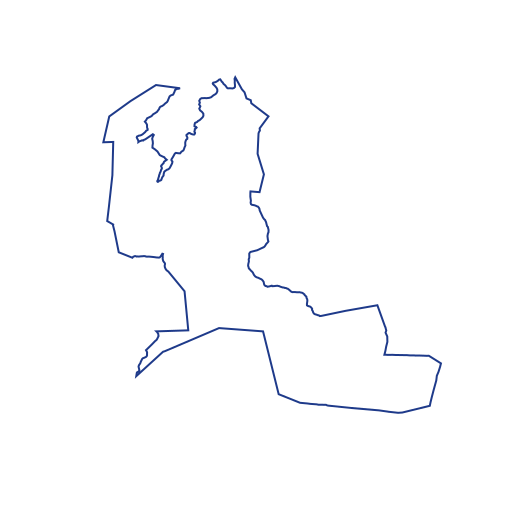 the district of San Andrés Teotilálpam, Oaxaca, Mexico, rotated 74°
{"feature_id": "50627088B65855706883459", "entity_name": "San Andrés Teotilálpam", "entity_type": "district", "adm_level": 2, "iso_a3": "MEX", "parent_name": "Mexico", "parent_adm1": "Oaxaca", "projection": "robinson", "projection_center": [-96.621, 17.951], "detail": "fine", "context": "isolated", "style": "outline", "palette": "blue", "viewbox_px": 512, "rotation_deg": 74, "n_neighbors": 0, "source": "geoboundaries", "source_scale": "gbopen_adm2", "svg_char_len": 6069}
<svg xmlns="http://www.w3.org/2000/svg" viewBox="0 0 512 512"><g transform="rotate(74 256 256)"><path d="M104.6,371.4L107.0,361.8L138.8,371.8L168.3,383.9L181.4,389.4L186.4,384.6L187.1,385.0L193.3,385.2L214.6,386.9L223.6,375.3L222.9,374.3L222.7,372.5L222.9,371.8L223.6,371.0L223.7,370.2L224.1,369.3L224.3,368.6L224.4,367.7L224.6,366.7L225.0,364.9L225.2,363.7L225.7,362.5L226.2,361.9L226.6,360.9L227.0,359.2L227.9,356.9L228.5,355.4L229.3,353.5L229.9,352.2L230.8,349.7L230.8,348.9L230.2,347.9L228.9,346.4L228.0,345.4L228.4,344.8L229.4,345.4L231.0,345.9L231.6,346.0L233.0,346.5L235.1,346.6L236.4,346.2L237.2,345.8L238.1,345.6L238.7,345.7L239.6,346.2L240.3,346.5L241.8,346.7L243.7,346.4L244.8,346.0L245.9,345.3L246.7,344.6L270.2,334.4L308.8,341.6L301.0,372.5L301.7,372.1L302.7,371.8L304.0,371.4L305.2,371.7L306.0,371.7L306.7,372.3L308.4,373.8L309.3,374.8L310.0,376.5L312.1,380.1L316.2,387.7L317.8,387.3L318.8,387.3L320.5,387.9L321.2,388.0L322.0,388.5L322.6,389.3L323.0,391.3L323.1,392.9L323.5,393.7L326.0,396.0L326.7,396.4L327.5,397.1L328.4,398.3L329.4,399.1L330.0,399.4L333.7,399.6L334.3,400.2L334.8,401.1L335.0,402.3L335.5,402.8L338.5,404.2L322.4,371.7L322.4,370.0L315.1,311.4L330.4,270.0L395.1,272.3L409.1,254.3L409.3,254.0L411.9,247.3L413.1,244.6L415.3,238.6L416.2,236.9L418.3,229.8L419.2,228.8L419.7,227.9L428.4,206.2L438.3,180.3L442.0,172.0L442.1,171.9L445.9,162.6L446.8,158.5L447.9,130.2L444.8,128.6L439.9,125.8L434.0,122.3L425.3,117.0L422.7,115.9L421.0,115.2L417.8,112.6L413.3,109.6L412.4,109.1L410.2,107.8L399.6,117.3L399.4,117.8L399.0,119.5L398.4,121.2L397.0,125.5L395.6,130.2L395.6,130.4L395.4,130.7L395.0,131.8L394.1,135.1L393.0,138.0L389.4,149.8L388.6,152.1L387.3,156.8L386.6,158.7L386.3,159.8L382.9,157.8L378.9,155.8L374.8,153.4L369.5,152.0L365.4,152.6L363.5,151.3L361.5,151.3L360.1,151.2L359.6,151.4L336.8,152.9L333.4,185.0L331.6,209.6L331.3,211.3L330.3,212.0L330.0,212.8L329.2,213.8L328.2,215.4L327.7,215.9L327.0,216.3L325.9,216.6L324.7,216.6L323.2,217.0L322.2,216.6L321.5,216.8L320.3,217.4L319.4,218.1L318.8,219.2L318.1,220.1L317.5,220.6L316.2,220.3L313.5,219.1L312.9,218.9L311.7,218.7L310.1,219.0L308.9,218.8L307.0,220.0L306.3,220.0L305.5,220.6L304.4,221.4L304.0,221.9L303.6,222.7L302.8,224.2L302.2,226.5L301.4,228.5L301.0,229.8L300.8,230.9L300.1,231.9L297.4,233.6L296.2,234.5L295.9,235.1L295.0,236.1L294.6,237.2L294.0,237.9L293.6,239.0L292.4,240.8L291.3,242.1L291.0,242.8L290.5,243.6L290.2,245.1L290.0,246.5L289.5,248.7L288.9,249.0L288.9,249.9L288.9,251.4L288.7,253.5L287.9,254.1L287.5,255.1L286.5,255.8L285.2,256.0L284.3,255.9L282.9,255.8L282.0,256.1L280.8,256.6L279.9,257.2L278.4,259.0L277.7,259.6L277.0,260.8L275.7,262.2L274.7,262.7L273.5,263.2L271.1,263.6L269.8,264.2L268.9,264.8L267.9,265.3L267.1,265.6L266.0,266.3L264.8,266.2L263.3,266.3L261.5,265.6L260.3,264.9L259.2,264.3L257.1,263.9L256.2,263.2L255.5,262.8L252.8,262.1L251.8,261.8L250.9,260.8L250.6,260.1L250.8,253.3L249.6,245.9L249.3,245.2L248.3,243.9L247.5,243.2L246.2,241.1L245.5,240.1L243.8,240.1L240.0,239.5L237.4,238.2L236.9,237.6L235.3,237.0L234.0,236.7L232.9,236.7L231.3,236.6L230.5,237.1L228.5,237.1L226.2,237.0L225.2,237.2L224.0,237.3L222.9,238.0L221.0,238.7L213.3,239.9L211.7,239.7L210.5,239.9L209.1,240.5L208.5,241.4L208.0,241.9L207.3,242.8L206.8,243.5L205.6,245.9L204.8,246.5L203.7,246.5L203.0,246.4L201.6,245.7L197.4,245.1L193.4,243.9L192.4,243.5L195.6,235.0L179.7,225.9L158.2,226.3L138.9,219.8L137.8,219.1L136.5,217.7L134.3,217.3L125.2,205.5L107.9,218.4L104.8,218.1L101.9,221.7L95.5,221.9L91.9,223.6L78.5,226.7L79.8,227.8L81.7,228.1L83.6,228.7L84.8,228.9L85.9,229.1L87.7,229.6L88.4,230.8L88.5,232.3L87.5,235.0L87.1,236.8L86.2,237.6L84.5,238.1L83.0,238.8L81.8,239.7L79.7,240.3L79.0,240.9L78.0,241.1L76.3,241.7L76.3,242.9L77.0,244.2L77.6,246.2L77.7,247.5L77.6,249.4L78.2,250.0L79.1,249.9L81.0,248.7L83.4,247.6L85.1,247.3L86.9,247.7L88.3,248.8L89.2,250.2L89.8,252.6L90.4,254.0L91.0,255.3L91.1,257.4L90.6,260.3L90.1,261.6L89.3,264.9L89.7,266.3L91.2,267.8L93.1,267.7L94.7,268.9L96.7,268.2L97.6,268.9L98.7,269.9L100.6,269.6L102.6,268.2L104.6,267.4L106.7,267.9L107.9,269.0L109.0,271.0L109.9,272.8L110.2,274.4L111.0,275.8L111.2,277.8L112.4,278.7L113.2,279.0L114.3,279.4L115.0,278.8L115.4,278.0L116.2,277.7L117.0,279.2L117.1,279.8L118.2,280.2L119.6,281.0L120.6,280.6L121.4,280.9L122.2,281.8L122.0,282.7L121.2,284.1L120.2,285.3L119.5,285.8L119.3,286.9L120.5,289.5L121.2,289.7L123.2,289.3L124.5,289.8L124.9,291.0L126.0,291.9L127.3,292.7L129.1,293.2L130.3,293.4L131.8,294.7L133.3,295.7L134.5,296.7L135.2,299.0L136.4,300.6L135.9,302.2L134.8,304.6L135.2,305.8L137.9,308.5L139.8,310.6L140.5,310.9L141.4,310.7L141.8,310.4L142.3,310.3L143.8,311.1L145.9,313.0L146.5,313.6L147.1,314.2L147.6,314.7L148.1,315.4L148.3,316.2L148.6,316.9L148.5,317.7L149.2,319.8L149.7,320.9L150.5,321.4L151.6,322.1L153.2,322.7L154.2,324.1L155.2,325.0L156.8,326.1L157.1,327.0L157.0,328.1L157.1,328.7L157.6,329.3L157.7,329.9L157.4,330.2L156.8,330.3L155.9,329.4L153.5,327.9L152.7,327.3L151.7,326.9L150.6,326.0L149.5,325.4L148.7,324.5L146.8,323.3L146.1,322.4L144.9,322.2L143.6,322.5L142.9,322.1L142.4,321.1L141.9,320.5L141.4,319.3L140.8,319.1L140.0,318.3L138.9,315.3L137.1,316.5L135.8,316.9L134.6,318.4L132.5,320.7L128.4,321.9L125.4,323.9L123.3,325.7L121.0,324.9L119.4,324.1L117.0,323.6L114.7,323.5L112.9,322.3L111.5,320.9L110.5,321.6L112.8,328.6L113.0,329.2L113.4,330.6L113.4,331.3L113.5,331.9L113.9,332.4L113.9,332.8L113.4,333.5L113.5,334.4L113.6,335.0L113.6,336.3L114.1,337.7L112.9,337.3L109.2,338.0L108.4,337.5L108.0,335.3L108.2,334.2L108.1,332.7L107.6,331.1L107.0,329.8L106.3,328.3L105.3,327.0L105.0,325.5L104.1,325.1L103.1,325.3L102.0,325.2L100.3,324.7L99.5,324.6L97.7,325.1L96.2,325.8L95.6,324.8L94.7,323.7L93.6,322.7L92.9,318.5L92.4,317.2L91.6,316.2L91.3,315.4L90.9,313.7L90.1,311.3L89.4,310.5L88.1,308.7L87.2,308.1L86.3,307.1L86.0,305.9L86.0,305.2L85.8,304.4L85.3,303.0L84.4,301.4L83.5,299.1L82.7,298.2L81.3,297.1L78.8,295.1L78.2,293.8L78.0,291.1L77.0,290.3L76.2,289.5L74.0,287.9L73.6,285.7L73.9,284.3L73.8,282.8L64.1,305.0L72.5,333.9L81.4,358.6L104.6,371.4Z" fill="none" stroke="#1e3a8a" stroke-width="2"/></g></svg>